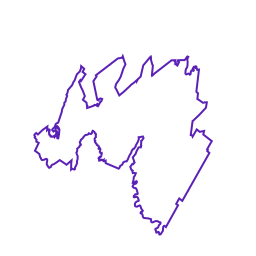 the district of Plāņu pag., Strencu, Latvia, rotated 111°
{"feature_id": "27541924B27973755781373", "entity_name": "Plāņu pag.", "entity_type": "district", "adm_level": 2, "iso_a3": "LVA", "parent_name": "Latvia", "parent_adm1": "Strencu", "projection": "robinson", "projection_center": [25.864, 57.579], "detail": "fine", "context": "isolated", "style": "outline", "palette": "violet", "viewbox_px": 256, "rotation_deg": 111, "n_neighbors": 0, "source": "geoboundaries", "source_scale": "gbopen_adm2", "svg_char_len": 5885}
<svg xmlns="http://www.w3.org/2000/svg" viewBox="0 0 256 256"><g transform="rotate(111 128 128)"><path d="M185.3,162.8L183.8,163.3L181.7,163.0L178.8,163.0L177.5,163.7L175.3,163.9L172.4,164.8L170.0,167.1L169.3,167.4L168.6,167.1L167.9,167.3L167.3,167.3L165.5,168.0L163.6,167.0L163.2,166.6L161.7,166.8L160.9,166.0L160.6,165.9L159.9,166.5L159.9,166.8L158.8,167.8L158.2,168.0L157.0,167.6L156.0,167.8L153.6,166.5L152.6,166.4L150.0,165.4L149.6,165.0L149.5,164.5L148.3,163.0L147.0,162.6L147.3,162.1L147.0,161.7L147.0,160.8L146.7,160.2L146.2,159.9L144.0,160.1L143.2,159.9L143.2,159.4L143.9,157.7L144.9,156.9L144.8,156.2L145.4,155.6L147.0,155.3L147.9,154.7L149.2,155.2L150.1,155.3L151.8,154.5L151.8,153.9L153.0,153.7L153.4,152.8L154.0,152.4L154.3,151.3L155.0,150.9L155.0,150.0L155.6,149.2L155.5,148.8L156.6,148.1L157.5,148.2L157.9,148.1L158.0,148.0L157.6,147.5L156.8,147.2L157.1,146.6L158.0,146.1L159.5,145.8L160.4,145.8L160.8,145.1L161.3,144.7L161.2,144.0L160.7,143.6L160.9,143.4L164.3,142.9L164.9,143.3L165.1,143.9L165.1,144.1L166.8,144.7L167.1,144.3L166.9,143.7L167.9,143.7L168.4,143.4L168.8,143.3L168.6,142.6L167.7,142.1L167.5,141.4L167.0,141.1L167.1,140.6L166.9,140.3L167.2,139.7L166.5,139.3L167.7,139.0L167.6,138.3L166.5,137.2L168.8,136.2L169.3,122.1L168.2,121.7L166.2,121.7L164.4,120.3L161.6,120.0L160.1,118.5L159.6,117.3L157.3,116.9L154.5,116.9L152.0,116.6L149.9,116.1L148.4,116.4L146.4,116.0L146.3,115.7L145.4,115.5L145.1,114.9L142.4,114.2L141.7,114.5L137.7,113.9L134.5,113.9L132.8,114.7L132.6,113.9L132.4,113.9L130.6,111.1L131.8,109.9L134.9,110.6L135.5,111.1L137.8,110.1L139.3,109.9L139.6,109.3L141.5,109.1L141.8,110.4L142.5,111.2L146.9,111.7L149.3,111.6L153.8,113.0L156.6,110.5L157.1,110.4L157.8,109.5L159.9,110.2L159.9,111.0L163.4,112.0L165.8,109.9L166.1,108.3L167.1,108.3L168.3,107.4L168.1,107.2L167.7,106.0L167.4,104.5L169.9,104.5L171.9,105.0L174.2,104.3L177.6,103.9L177.5,103.3L177.1,103.0L174.9,101.4L174.6,101.0L174.7,100.7L175.1,100.4L175.7,100.3L176.9,100.6L178.2,102.0L179.0,102.6L180.1,102.8L181.1,102.7L181.7,101.4L181.6,100.3L181.4,99.7L181.5,98.9L183.0,97.3L185.8,95.4L186.2,95.4L186.5,95.7L186.8,96.1L186.9,96.9L187.3,97.4L189.4,98.2L190.3,97.9L190.5,97.6L190.3,96.9L189.4,95.9L189.1,94.8L189.5,93.9L191.6,92.0L192.2,92.0L192.4,92.1L193.4,93.4L194.7,94.2L196.2,94.4L198.0,93.7L198.5,93.0L198.3,91.5L196.2,89.5L196.1,88.9L196.2,88.6L198.4,86.9L200.0,84.5L201.2,84.8L201.3,85.3L201.9,85.9L202.9,85.8L203.2,85.4L203.1,84.5L203.3,83.9L204.0,83.2L205.6,82.3L206.0,81.7L206.3,80.9L205.1,76.6L204.9,73.8L206.9,72.9L207.4,72.4L207.5,71.8L207.3,71.2L205.2,69.1L204.7,68.2L204.4,66.8L204.7,65.6L204.5,64.0L204.8,63.6L205.9,63.5L207.8,64.3L210.0,64.3L210.6,64.6L212.2,66.2L212.8,66.2L213.3,65.9L214.0,65.0L215.4,64.2L215.5,63.9L215.2,63.4L214.2,62.7L214.1,62.3L214.2,61.9L214.5,61.6L216.1,60.6L216.0,60.0L215.3,59.4L211.5,58.6L207.7,59.7L207.1,59.6L206.3,59.1L206.3,58.6L206.9,57.1L182.2,53.6L181.6,55.8L175.4,54.9L176.6,51.2L122.1,43.1L121.1,45.8L119.8,45.6L119.5,46.5L110.2,45.1L107.1,55.4L103.5,55.9L105.9,59.7L104.7,63.3L112.9,64.6L112.0,65.4L111.9,66.1L112.1,66.9L98.3,70.2L97.6,69.7L90.5,66.3L81.2,62.5L75.8,63.6L76.6,65.7L77.0,66.0L77.6,67.1L76.5,71.3L76.1,73.6L70.5,75.1L70.3,75.3L70.2,76.2L69.6,77.2L48.0,82.7L48.9,84.2L47.8,85.0L47.6,85.6L47.7,85.9L46.3,86.1L46.1,86.9L46.9,87.8L47.5,87.5L48.0,87.9L47.7,88.5L49.3,88.8L50.1,88.7L50.0,87.7L50.7,87.2L51.3,87.5L51.3,88.4L51.5,89.1L51.8,89.4L52.9,89.5L55.2,88.9L55.9,89.2L56.1,89.4L55.5,90.2L55.4,90.8L55.9,91.5L57.0,92.6L57.1,93.1L56.8,93.7L56.2,94.1L53.3,94.9L52.4,95.0L50.3,94.6L48.5,94.8L44.7,96.1L42.4,97.4L40.0,97.2L39.9,98.1L40.1,98.3L43.4,99.1L44.3,99.5L46.8,105.6L48.1,105.7L48.3,104.0L52.0,104.3L51.3,106.9L50.3,106.4L49.1,108.3L47.8,108.2L49.2,111.6L67.8,122.9L69.9,123.8L70.6,124.3L70.2,124.6L60.6,127.2L60.0,128.1L55.8,131.2L54.0,131.7L53.2,132.3L54.7,133.0L64.1,136.2L75.5,134.6L78.7,136.2L80.7,136.5L80.0,136.8L83.6,138.7L86.7,140.7L87.8,141.1L96.0,145.1L100.7,147.8L95.8,153.1L94.8,154.4L94.5,154.5L91.3,154.9L86.4,153.7L82.6,153.2L74.5,153.6L69.5,153.2L68.4,154.0L68.0,154.6L62.9,158.6L64.6,158.7L64.5,159.1L65.1,159.7L66.7,162.4L90.3,176.9L91.1,175.8L96.7,177.1L112.7,166.8L112.8,165.5L111.7,165.6L111.3,165.3L111.3,165.1L110.8,164.9L110.2,164.1L110.2,162.5L112.7,162.5L113.0,162.7L113.1,163.1L117.0,163.6L116.5,165.3L117.1,165.5L117.6,163.7L118.4,163.9L118.2,164.4L118.4,164.8L118.1,165.7L118.4,167.6L119.4,167.9L124.0,173.3L122.3,174.1L121.8,173.9L121.1,174.8L119.2,175.8L117.8,180.2L113.7,179.7L109.0,183.9L106.8,186.4L102.5,190.3L100.3,189.7L101.0,188.7L93.0,187.0L91.9,190.5L88.4,190.1L87.0,193.9L89.6,193.2L92.6,193.3L96.3,195.0L102.7,194.9L104.7,195.4L107.9,195.5L114.0,197.6L117.0,197.1L119.0,197.4L119.8,196.3L123.4,196.3L125.4,195.8L127.3,196.5L129.1,195.8L134.0,196.2L137.0,195.6L148.1,195.1L148.7,195.9L150.2,196.9L152.6,196.8L154.7,197.3L155.6,198.0L157.0,198.1L158.0,196.3L157.0,195.7L156.7,195.1L152.0,195.2L151.6,194.9L152.0,193.8L153.5,193.2L153.8,192.6L153.2,192.3L154.0,191.5L158.4,190.2L162.7,189.4L162.9,190.3L161.3,191.3L157.4,192.5L156.6,193.3L157.5,193.6L159.6,192.8L160.6,193.4L161.1,192.9L163.0,193.3L162.4,194.2L162.3,194.7L163.1,195.1L163.1,195.5L163.6,196.4L163.1,197.0L163.5,197.5L162.2,198.6L162.4,199.1L161.7,199.6L160.0,200.3L160.0,200.1L159.4,200.1L157.8,200.4L157.6,201.3L158.0,201.5L158.5,202.4L159.1,202.7L155.5,203.8L160.6,207.1L166.3,209.8L165.6,211.9L167.1,212.7L168.1,212.9L168.6,212.7L169.3,211.6L170.3,211.7L171.7,209.2L173.5,208.8L173.9,206.0L182.6,206.7L184.0,201.5L186.8,199.5L187.3,198.5L187.8,198.3L188.7,197.1L188.7,196.7L188.0,195.4L186.1,193.3L186.0,192.9L186.7,191.9L190.0,191.2L191.2,190.7L193.4,187.7L193.3,187.1L192.2,186.4L192.1,186.1L190.5,186.1L189.5,185.7L188.4,184.3L186.5,182.9L182.4,180.2L184.3,172.2L178.5,169.1L181.5,168.3L187.2,166.2L186.4,165.8L186.0,165.2L186.1,163.4L185.3,162.8Z" fill="none" stroke="#5b21b6" stroke-width="2"/></g></svg>